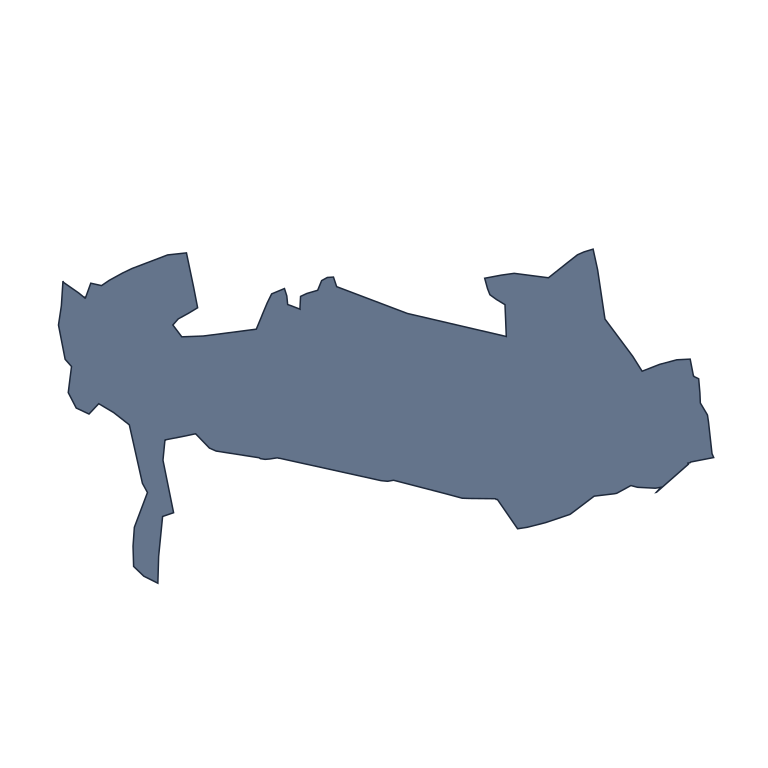 the district of Magtymguly, Balkan, Turkmenistan, rotated 79°
{"feature_id": "10190150B5540422332593", "entity_name": "Magtymguly", "entity_type": "district", "adm_level": 2, "iso_a3": "TKM", "parent_name": "Turkmenistan", "parent_adm1": "Balkan", "projection": "natural_earth1", "projection_center": [56.485, 39.153], "detail": "fine", "context": "isolated", "style": "filled", "palette": "slate", "viewbox_px": 768, "rotation_deg": 79, "n_neighbors": 0, "source": "geoboundaries", "source_scale": "gbopen_adm2", "svg_char_len": 1895}
<svg xmlns="http://www.w3.org/2000/svg" viewBox="0 0 768 768"><g transform="rotate(79 384 384)"><path d="M241.8,660.9L242.4,661.3L236.4,666.3L223.1,679.2L221.7,679.5L245.7,685.8L264.0,692.3L298.9,692.3L307.2,687.4L317.2,690.7L332.2,695.6L348.9,690.7L357.2,679.3L348.9,667.8L360.5,654.8L375.5,641.8L435.4,640.1L445.4,636.9L477.0,656.4L495.3,661.3L515.3,664.6L526.9,656.4L536.4,644.0L510.2,638.1L471.8,626.6L470.2,615.1L416.6,615.5L397.5,609.8L397.5,609.3L397.1,609.2L397.1,588.6L396.9,578.6L397.1,578.5L397.1,578.3L413.6,567.6L417.8,561.6L432.6,520.6L433.7,519.6L435.3,515.1L435.8,510.6L436.1,502.8L436.9,501.2L437.0,500.6L478.3,405.4L480.2,399.0L480.3,393.0L489.6,373.5L503.5,344.4L510.8,329.5L511.0,329.2L512.7,321.8L517.9,296.4L518.7,296.0L519.0,294.7L551.6,280.5L552.0,270.7L550.9,251.7L547.5,226.4L546.9,225.0L534.2,199.1L535.7,178.8L535.7,176.4L530.8,161.0L533.8,154.8L538.1,137.4L538.2,132.1L538.2,131.8L542.3,137.4L542.3,137.2L520.8,100.5L519.7,100.8L519.7,100.5L519.7,98.6L519.1,97.7L519.1,74.4L514.9,75.3L483.2,72.7L476.5,72.4L475.8,72.5L463.0,77.1L453.1,75.6L438.9,74.1L435.7,78.4L435.2,78.4L435.0,78.7L418.0,78.7L416.1,91.9L417.3,109.6L420.7,128.2L404.4,134.5L362.4,154.7L312.6,152.5L291.5,153.0L292.5,162.5L294.1,169.5L300.0,181.0L307.3,195.0L311.0,202.1L311.1,202.3L300.2,235.1L299.5,248.0L299.4,265.0L310.0,264.2L316.6,263.0L322.4,257.6L328.4,251.0L329.2,250.1L346.4,252.7L360.7,254.9L319.2,347.6L279.4,411.9L269.4,413.2L268.6,419.3L270.6,425.5L279.3,431.2L279.4,431.8L280.4,442.5L282.1,449.2L294.2,452.2L294.5,452.2L289.4,460.3L287.6,463.4L279.0,462.6L271.3,463.5L274.1,477.1L282.0,483.1L293.2,490.6L293.3,490.6L305.8,498.9L302.4,552.4L299.1,573.5L285.8,580.0L280.8,573.5L277.3,562.5L273.6,552.4L252.5,552.4L217.6,552.9L216.0,571.8L222.5,609.2L225.1,619.2L229.8,633.9L233.5,642.5L229.1,652.6L242.3,660.5L241.8,660.9Z" fill="#64748b" stroke="#1e293b" stroke-width="1.5"/></g></svg>